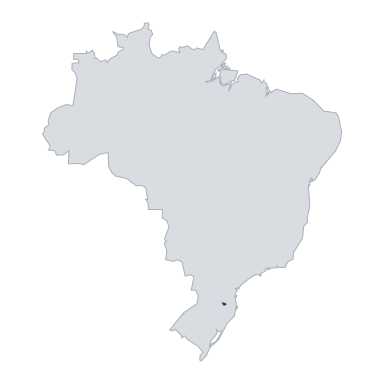 location of Mirim Doce, Santa Catarina, Brazil
{"feature_id": "56859067B1000526866596", "entity_name": "Mirim Doce", "entity_type": "district", "adm_level": 2, "iso_a3": "BRA", "parent_name": "Brazil", "parent_adm1": "Santa Catarina", "projection": "robinson", "projection_center": [-50.194, -27.174], "detail": "fine", "context": "in_parent", "style": "filled", "palette": "blue", "viewbox_px": 384, "rotation_deg": 0, "n_neighbors": 0, "source": "geoboundaries", "source_scale": "gbopen_adm2", "svg_char_len": 4201}
<svg xmlns="http://www.w3.org/2000/svg" viewBox="0 0 384 384"><path d="M96.4,57.9L100.5,61.8L105.6,59.9L107.1,62.5L110.0,58.8L116.9,55.2L118.4,51.7L122.8,49.8L123.2,47.5L118.1,46.8L116.8,37.4L112.5,31.4L118.4,34.4L123.6,34.3L127.3,37.3L128.4,33.6L141.5,29.1L144.3,26.0L144.2,23.2L148.1,23.0L149.2,24.4L148.0,29.2L151.4,30.5L152.6,34.4L150.2,37.4L149.1,45.1L151.6,53.3L157.8,58.0L160.5,57.3L161.8,54.7L164.1,55.3L171.1,51.0L180.0,52.4L178.6,48.9L180.0,46.6L181.8,47.6L187.5,45.9L194.0,50.1L196.8,48.0L202.9,49.5L214.4,31.1L216.3,33.0L220.1,50.0L222.1,52.6L225.9,54.1L226.4,58.4L219.8,66.5L215.8,69.2L210.5,80.3L205.2,81.9L210.7,82.2L218.8,76.6L220.3,83.7L222.5,85.9L230.9,83.5L228.4,91.5L231.7,85.1L235.5,81.4L237.4,82.4L238.2,81.3L237.5,78.4L240.0,74.8L246.5,74.0L260.4,80.2L261.4,83.3L263.3,81.2L266.6,83.6L267.4,86.2L265.7,88.1L266.5,89.0L268.2,87.2L268.6,89.0L267.0,90.8L266.0,96.2L268.2,94.0L269.8,89.9L270.0,92.8L276.3,89.1L290.8,93.7L302.4,93.3L313.8,100.7L323.7,111.0L336.1,112.9L338.5,116.7L341.6,131.6L340.3,141.3L335.4,151.2L321.8,167.3L321.8,166.0L319.2,173.3L315.0,179.8L313.0,180.8L311.6,177.9L310.3,179.3L308.4,186.2L309.8,206.0L307.2,217.4L307.5,221.9L303.6,226.7L302.5,238.1L293.5,252.6L293.0,259.2L287.7,261.9L285.1,267.4L278.2,267.6L276.8,265.5L276.3,267.8L265.7,268.3L266.2,270.2L259.4,274.8L255.7,274.7L249.0,278.6L240.6,285.5L238.9,288.8L237.5,287.5L236.9,289.0L235.0,288.4L237.5,290.4L235.5,292.5L234.9,296.2L236.3,304.2L234.4,316.2L227.4,323.0L218.8,339.4L210.7,346.9L210.5,344.4L216.2,341.3L221.3,332.3L221.4,330.7L218.0,331.7L216.0,328.8L217.1,331.7L216.1,335.0L211.1,340.5L209.5,344.9L210.0,347.3L206.3,355.7L201.1,361.0L199.9,360.2L199.9,356.0L202.8,352.2L198.1,346.3L187.7,339.6L184.5,335.9L181.6,337.9L181.2,335.3L175.3,329.4L172.6,331.0L169.7,330.1L182.1,314.4L183.6,314.5L183.3,313.0L197.1,303.6L198.3,295.8L195.7,290.2L191.2,290.2L193.9,276.9L191.0,274.9L185.1,276.1L182.2,262.2L177.3,259.8L173.6,261.5L165.7,259.6L166.8,250.5L164.2,243.3L166.5,241.7L164.4,239.6L169.1,226.4L166.5,220.3L162.2,217.9L162.5,209.6L148.6,209.5L148.0,202.6L145.4,199.3L147.7,199.3L145.8,188.0L141.5,185.4L136.1,185.7L126.3,178.3L116.0,176.3L111.6,172.3L108.5,165.9L108.2,152.6L99.3,154.3L83.8,164.8L79.2,163.4L68.4,163.9L69.0,150.3L63.7,154.8L56.5,155.2L55.0,150.9L48.6,150.0L50.4,146.4L42.4,134.0L44.5,131.8L44.2,128.3L48.8,124.5L48.1,121.3L50.6,112.9L58.5,107.5L66.5,104.6L72.9,105.7L77.1,78.8L75.3,72.9L71.9,69.7L72.1,63.4L79.0,62.7L77.8,59.3L73.6,59.3L73.7,53.6L86.5,53.5L86.4,51.2L88.3,53.3L92.4,50.1L94.6,53.7L94.8,58.2L96.4,57.9ZM223.7,69.5L237.9,71.0L234.5,80.5L231.9,80.7L231.5,82.3L229.4,81.6L227.1,84.0L221.7,84.0L219.8,79.2L221.2,78.0L219.5,76.3L220.7,70.8L223.7,69.5ZM211.6,80.9L213.8,74.1L216.0,73.1L215.8,77.3L211.6,80.9ZM227.6,66.1L226.2,68.7L223.0,68.1L223.5,66.4L227.6,66.1ZM222.8,63.3L222.2,68.5L220.8,68.0L222.8,63.3ZM229.9,69.4L227.8,69.7L226.9,69.3L229.4,67.7L229.9,69.4ZM220.6,69.6L218.5,71.3L217.7,70.4L219.2,68.9L220.6,69.6ZM224.4,65.0L223.5,64.0L225.2,62.9L225.3,63.9L224.4,65.0ZM223.3,51.6L222.1,51.9L221.9,50.0L223.0,49.9L223.3,51.6ZM236.8,309.2L236.4,307.5L237.3,306.0L237.6,306.4L236.8,309.2ZM260.7,274.1L261.0,276.0L259.5,275.6L260.7,274.1ZM236.1,297.3L235.5,296.4L236.4,295.3L236.7,295.7L236.1,297.3ZM267.8,92.8L266.9,94.8L267.8,92.0L267.8,92.8ZM312.2,181.1L310.8,181.6L311.7,180.1L312.2,181.1ZM269.5,269.1L268.0,269.7L267.7,269.3L268.6,268.5L269.5,269.1ZM309.8,184.6L309.3,185.7L309.0,185.0L309.8,184.6ZM264.1,79.4L264.1,80.5L263.7,80.4L264.1,79.4Z" fill="#d9dde1" stroke="#a8b0b8" stroke-width="1"/><path d="M223.2,303.2L223.0,303.3L223.1,303.5L223.2,303.8L223.3,303.8L223.3,304.0L223.3,303.9L223.4,304.0L223.4,304.3L223.5,304.4L223.6,304.2L223.6,304.3L223.6,304.5L223.8,304.6L224.0,304.7L224.2,304.8L224.3,304.8L224.5,304.9L224.7,304.7L224.8,304.7L225.0,304.6L225.1,304.4L225.3,304.4L225.2,304.4L225.3,304.4L225.5,304.3L225.6,304.2L225.4,304.0L225.2,304.0L225.1,303.8L224.9,303.8L224.7,303.8L224.7,303.7L224.4,303.7L224.4,303.8L224.2,303.8L223.9,303.8L223.8,303.7L223.7,303.5L223.8,303.5L223.7,303.4L223.4,303.4L223.4,303.5L223.3,303.4L223.2,303.3L223.3,303.3L223.3,303.2L223.2,303.2L223.2,303.2Z" fill="#3b82f6" stroke="#1e3a8a" stroke-width="1.5"/></svg>